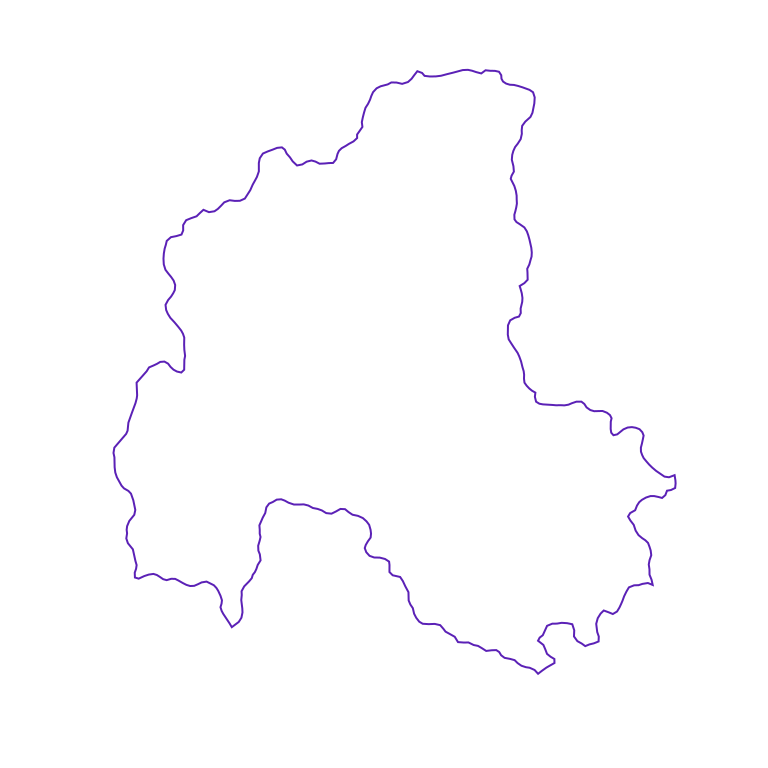 outline of Pedra Azul, Minas Gerais, Brazil, rotated 263°
{"feature_id": "56859067B52698506217468", "entity_name": "Pedra Azul", "entity_type": "district", "adm_level": 2, "iso_a3": "BRA", "parent_name": "Brazil", "parent_adm1": "Minas Gerais", "projection": "robinson", "projection_center": [-41.204, -15.954], "detail": "fine", "context": "isolated", "style": "outline", "palette": "violet", "viewbox_px": 768, "rotation_deg": 263, "n_neighbors": 0, "source": "geoboundaries", "source_scale": "gbopen_adm2", "svg_char_len": 6149}
<svg xmlns="http://www.w3.org/2000/svg" viewBox="0 0 768 768"><g transform="rotate(263 384 384)"><path d="M220.7,116.8L222.6,122.7L223.5,127.3L223.6,132.0L222.1,135.3L219.8,138.1L217.2,141.0L215.8,144.4L216.6,149.1L216.0,153.0L214.0,156.0L211.0,160.0L208.7,163.4L207.1,167.0L206.8,171.0L207.9,174.8L209.3,178.8L209.5,183.8L207.0,187.6L205.0,190.6L202.0,192.8L199.0,194.2L193.8,195.9L189.1,196.8L185.8,196.0L182.4,194.5L178.6,195.2L175.5,196.4L165.1,201.6L161.2,203.3L165.5,210.8L169.4,214.0L174.5,215.7L178.5,216.0L187.0,216.0L191.9,217.1L195.7,217.4L200.2,220.6L204.5,226.0L207.4,229.1L210.6,230.5L213.0,232.9L216.0,234.8L219.8,236.6L224.0,240.0L230.1,240.0L233.9,239.0L238.8,239.4L243.6,241.5L247.2,242.8L250.5,242.4L254.5,242.9L258.9,243.1L266.2,247.4L270.4,250.4L275.9,252.2L279.3,255.4L280.4,259.2L282.3,263.4L282.1,267.9L280.4,271.2L277.8,274.8L275.3,280.0L274.7,285.0L274.3,289.7L272.6,294.1L269.6,298.3L268.1,302.9L266.1,306.9L262.9,310.9L261.7,316.1L263.3,320.7L265.3,325.5L264.5,330.1L261.3,333.1L258.1,336.8L256.3,342.1L253.5,346.7L249.8,349.9L246.0,352.1L240.9,352.9L237.1,352.9L233.2,352.0L229.9,348.9L226.5,346.3L223.5,344.9L219.2,345.9L215.2,348.7L213.0,353.1L212.2,358.6L210.2,363.7L207.1,367.4L203.7,367.4L199.9,366.9L196.7,366.5L193.1,369.3L190.5,376.5L186.1,378.7L180.6,380.5L174.4,382.9L166.1,382.1L161.9,383.3L158.0,385.3L152.3,385.9L148.0,387.5L143.8,390.0L141.3,393.2L140.2,399.1L139.7,405.1L137.8,410.4L133.8,413.1L130.7,414.9L128.1,418.5L124.5,423.4L118.8,426.0L117.6,432.0L117.2,436.3L114.0,441.2L112.6,445.4L110.0,448.8L106.6,452.9L106.6,458.4L106.2,463.0L103.9,465.7L100.5,467.2L97.5,470.3L95.8,475.6L94.0,480.0L90.7,482.6L87.6,486.1L85.6,490.4L84.6,494.0L81.8,498.6L77.6,501.6L80.2,506.0L82.7,510.6L84.4,514.6L86.3,519.2L90.3,519.6L93.0,516.1L96.3,512.9L100.8,511.8L105.6,510.4L110.4,505.6L113.3,507.6L115.3,511.0L124.1,516.4L125.6,521.8L125.1,526.4L125.3,531.2L124.3,536.6L122.6,541.6L116.4,542.8L110.3,541.8L105.2,544.6L102.3,548.6L99.3,551.8L100.5,556.2L101.0,560.6L102.3,565.6L107.2,566.4L111.8,565.4L120.1,565.4L125.5,567.6L129.7,571.0L132.4,574.5L130.0,579.2L127.8,583.1L129.8,587.6L133.5,590.5L136.7,592.5L139.8,594.3L144.1,596.5L148.4,599.3L152.3,602.3L153.7,607.7L153.3,612.2L154.1,616.1L154.3,621.7L151.8,626.2L157.1,625.7L162.4,624.3L167.7,624.9L172.6,624.8L176.8,626.1L181.5,628.4L186.2,628.4L190.0,627.7L194.1,626.7L197.1,624.3L199.5,621.5L203.0,618.2L207.8,615.9L213.8,614.7L218.5,611.9L222.7,610.1L225.9,612.6L228.1,617.9L232.5,620.3L235.6,622.9L237.6,625.9L239.4,630.3L240.3,634.9L239.8,638.6L238.4,642.7L237.0,646.1L239.4,649.7L243.6,651.9L243.8,655.9L245.3,660.3L249.7,661.3L252.9,661.5L258.1,661.3L256.7,655.5L257.9,651.1L260.8,647.8L264.6,643.5L268.4,640.0L271.8,637.3L275.2,635.0L278.8,632.7L282.0,631.6L285.5,630.8L289.5,631.2L293.3,632.7L297.3,634.1L301.2,635.4L304.7,634.5L308.0,632.1L309.9,628.5L311.0,624.8L311.1,620.5L309.8,616.1L305.6,609.4L305.2,605.5L308.0,603.6L311.7,603.5L319.0,604.5L322.3,605.7L325.6,604.5L328.3,601.8L330.6,597.6L331.4,589.3L333.0,585.6L336.1,582.2L339.8,580.4L342.4,577.8L343.0,572.8L342.0,568.0L341.0,564.6L340.8,560.5L341.5,556.4L341.9,552.3L342.7,548.5L344.4,539.3L345.5,535.8L347.9,532.8L352.9,532.2L357.0,533.2L359.3,530.1L361.9,527.6L364.9,525.4L368.2,523.6L372.2,523.6L376.1,524.2L379.7,524.2L383.8,523.5L389.7,522.8L394.9,521.6L398.6,520.4L404.4,517.4L409.3,515.0L413.1,513.2L417.9,512.9L427.1,514.2L431.8,517.0L433.8,521.8L434.5,526.2L437.7,528.4L442.2,528.8L448.7,531.2L452.5,531.9L457.3,531.8L461.4,531.2L464.7,530.6L467.0,535.6L470.0,539.3L477.2,540.0L480.9,540.2L484.9,542.8L489.3,544.6L492.5,546.0L496.5,546.7L501.2,546.8L509.4,546.0L514.1,545.3L518.1,544.4L522.3,542.4L526.1,538.2L528.6,535.2L531.5,533.6L536.1,534.0L539.4,535.4L543.2,536.8L546.9,537.9L551.1,538.2L554.8,538.6L559.6,538.4L564.6,537.5L572.2,534.8L575.2,536.0L579.0,538.8L584.4,539.0L591.0,538.2L595.8,539.2L599.6,540.8L603.2,543.0L606.2,546.0L610.4,549.5L615.5,551.3L619.1,551.6L623.4,552.6L627.2,556.2L631.2,561.9L635.1,564.4L644.2,567.4L650.1,568.5L655.4,567.5L658.2,564.3L661.6,557.6L663.5,553.4L665.0,549.4L665.7,545.4L667.3,541.8L669.7,539.0L672.7,537.8L676.2,538.0L679.9,536.2L681.3,532.2L681.9,527.8L683.0,523.0L680.4,518.4L682.3,513.6L684.2,509.6L685.6,505.6L686.0,500.4L684.6,490.6L683.9,484.7L683.0,478.2L683.0,473.0L683.6,467.1L684.9,461.8L688.1,459.7L690.4,455.2L686.6,451.4L683.6,448.6L680.8,444.6L679.7,438.6L681.7,433.1L682.4,428.0L680.9,424.2L679.9,416.9L678.4,412.7L675.0,408.7L671.4,406.5L667.9,404.8L664.0,402.3L660.4,399.3L655.9,397.3L651.3,395.5L646.6,393.9L641.8,393.9L638.2,390.7L634.9,387.7L631.4,387.3L628.5,383.3L626.6,378.4L625.0,375.1L623.2,370.7L620.9,367.7L618.0,365.9L612.9,363.9L609.6,360.4L610.0,356.3L610.1,352.1L610.5,346.9L613.1,343.1L614.7,339.3L614.1,334.3L611.9,329.7L611.5,324.3L616.1,320.5L620.4,318.3L624.5,315.5L628.7,314.1L631.3,311.5L631.4,306.7L630.2,302.1L629.0,296.9L627.5,291.9L623.2,288.2L618.6,286.7L610.3,285.7L605.0,283.1L601.6,280.7L597.9,278.0L592.7,274.9L585.0,268.5L583.4,263.3L583.9,258.3L585.2,253.2L583.8,247.6L580.8,244.0L578.0,240.4L576.1,236.8L575.9,231.2L578.9,226.0L575.9,221.8L573.3,218.4L572.1,212.8L570.7,207.6L566.2,204.0L560.9,203.4L557.0,201.2L556.1,195.9L555.7,190.4L552.5,185.8L548.7,184.4L545.1,182.8L540.4,181.4L535.3,180.4L529.5,180.0L524.0,181.0L519.9,183.4L516.1,185.8L512.3,187.8L507.7,188.8L502.7,187.8L499.7,185.8L496.7,183.3L493.7,180.0L489.2,176.8L484.0,176.8L480.0,178.0L475.7,180.0L471.0,183.4L466.1,186.6L461.8,189.2L458.3,190.6L454.4,191.4L447.3,190.4L442.3,190.0L436.1,190.0L432.4,188.8L422.5,187.4L420.1,184.2L421.6,180.0L423.9,176.8L427.0,174.2L430.5,172.2L433.0,168.8L433.2,164.6L431.7,161.2L430.5,157.6L429.1,152.8L425.6,150.0L415.5,138.6L402.9,137.6L399.8,136.8L395.3,135.0L386.0,130.2L376.8,125.6L368.9,123.8L365.9,122.0L353.7,108.6L348.5,107.1L344.1,107.5L334.2,106.5L328.9,106.5L324.0,107.5L315.1,111.1L312.1,113.2L309.0,117.3L306.0,119.5L299.2,121.0L289.3,121.8L284.6,120.2L279.1,114.5L274.2,111.7L270.6,110.8L267.1,110.8L262.1,109.4L257.2,110.4L250.5,114.6L238.8,115.7L234.4,116.4L230.8,115.4L227.1,113.6L222.3,113.2L220.7,116.8Z" fill="none" stroke="#5b21b6" stroke-width="2"/></g></svg>